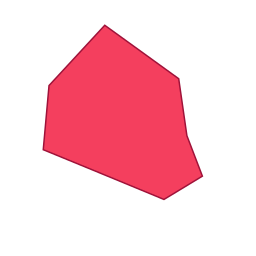 Sham Shui Po, orthographic projection, rotated 219°
{"feature_id": "HKG-5159", "entity_name": "Sham Shui Po", "entity_type": "state/province", "adm_level": 1, "iso_a3": "HKG", "parent_name": "Hong Kong S.A.R.", "parent_adm1": "", "projection": "orthographic", "projection_center": [114.161, 22.334], "detail": "fine", "context": "isolated", "style": "filled", "palette": "rose", "viewbox_px": 256, "rotation_deg": 219, "n_neighbors": 0, "source": "natural_earth", "source_scale": "10m", "svg_char_len": 273}
<svg xmlns="http://www.w3.org/2000/svg" viewBox="0 0 256 256"><g transform="rotate(219 128 128)"><path d="M119.6,198.2L77.4,159.1L39.9,137.4L55.1,95.1L119.4,76.0L180.2,57.8L216.1,111.3L210.7,193.2L119.6,198.2Z" fill="#f43f5e" stroke="#9f1239" stroke-width="1.5"/></g></svg>